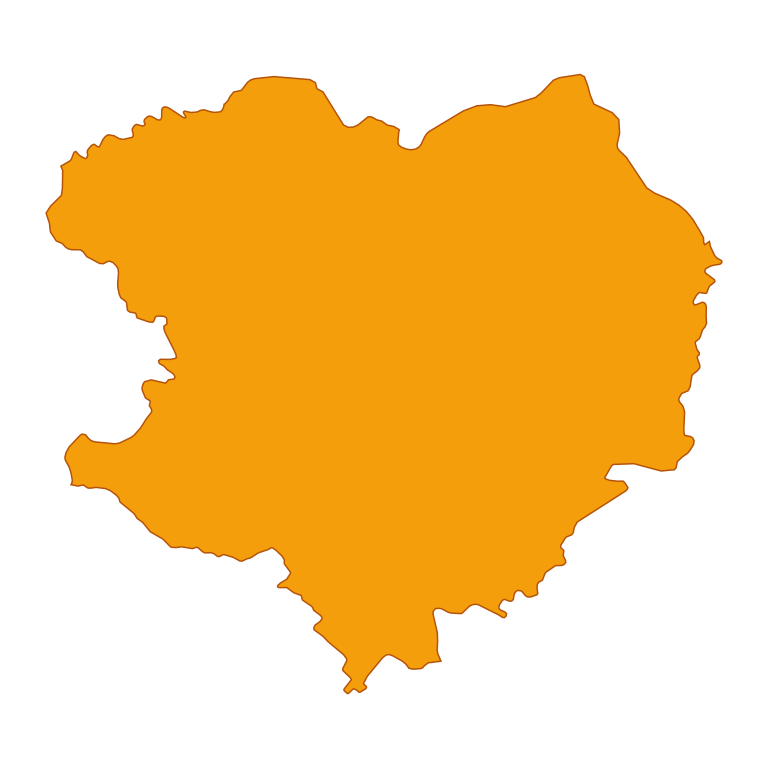 outline of Kharkiv
{"feature_id": "UKR-328", "entity_name": "Kharkiv", "entity_type": "Region", "adm_level": 1, "iso_a3": "UKR", "parent_name": "Ukraine", "parent_adm1": "", "projection": "albers", "projection_center": [36.315, 49.479], "detail": "fine", "context": "isolated", "style": "filled", "palette": "amber", "viewbox_px": 768, "rotation_deg": 0, "n_neighbors": 0, "source": "natural_earth", "source_scale": "10m", "svg_char_len": 6056}
<svg xmlns="http://www.w3.org/2000/svg" viewBox="0 0 768 768"><path d="M580.1,74.5L584.3,76.7L587.5,85.1L590.4,95.6L593.9,104.1L612.3,112.7L618.8,119.6L619.6,133.2L617.1,144.4L617.5,147.9L618.9,150.1L626.3,157.3L646.7,187.9L654.3,193.0L670.9,200.2L679.1,205.3L686.4,211.5L692.9,219.5L700.0,231.3L703.5,237.7L703.7,242.7L704.7,244.7L709.4,241.5L710.4,246.5L714.5,255.2L716.5,257.7L721.5,260.7L721.9,261.6L721.8,262.7L719.8,264.3L714.0,265.1L709.9,266.4L706.3,268.4L705.2,269.7L704.7,271.4L705.6,273.1L714.5,279.8L714.9,281.7L709.7,286.0L708.5,288.1L706.7,293.0L705.3,293.4L699.1,292.5L696.2,295.7L693.3,301.0L693.2,302.4L693.8,304.0L694.7,304.9L695.7,304.9L702.4,302.2L704.5,302.9L705.6,304.4L706.3,306.7L706.1,315.7L706.5,323.5L705.0,326.9L702.5,329.9L700.1,337.2L699.1,338.9L695.7,341.5L695.2,343.1L696.9,349.4L699.3,352.8L699.2,354.7L697.3,356.3L697.3,357.9L699.8,365.3L699.7,367.9L697.6,370.6L692.5,374.6L691.9,375.9L691.0,380.7L690.3,386.1L689.0,389.3L687.9,390.9L681.8,393.4L679.3,397.4L678.7,399.9L679.4,401.7L682.9,406.2L684.2,410.3L684.6,412.5L683.8,429.0L684.0,432.9L684.6,435.3L690.7,436.6L692.6,437.8L694.1,440.6L693.5,444.6L690.5,449.6L687.8,453.0L682.2,457.0L677.2,461.8L676.2,467.5L674.5,469.7L661.2,471.0L634.0,463.7L613.7,464.4L612.4,465.1L611.2,466.4L604.7,477.8L605.0,478.6L609.4,480.3L617.4,481.2L623.1,481.1L624.6,482.5L627.5,486.9L627.9,487.7L627.3,489.2L625.6,491.0L577.8,521.6L576.9,522.6L574.3,527.4L573.3,532.3L572.7,533.6L571.6,534.8L566.5,536.9L565.4,537.9L560.7,545.4L560.8,547.6L563.8,550.6L563.2,555.7L565.5,560.4L565.7,562.6L563.8,564.7L561.3,565.5L555.5,565.6L546.0,572.2L545.1,573.2L542.4,580.2L538.7,582.2L537.5,584.1L537.0,587.0L537.7,593.7L536.9,594.8L530.6,597.0L527.7,596.9L525.6,595.8L521.5,591.0L518.0,590.4L516.9,590.7L515.0,592.6L514.1,594.9L513.3,599.4L512.5,600.4L511.4,601.1L509.3,601.1L504.4,599.3L503.1,599.9L501.9,601.0L499.4,604.8L498.8,607.1L499.2,608.8L500.4,609.9L504.9,612.0L506.5,613.5L506.2,615.9L504.4,617.6L502.4,617.4L499.1,615.1L478.5,604.8L475.9,604.2L472.5,604.7L469.5,606.1L462.0,613.3L460.9,613.6L450.8,613.0L448.2,612.2L441.7,608.8L439.1,608.3L435.5,608.6L433.6,610.7L433.1,612.1L433.2,614.8L437.3,632.5L437.6,641.0L437.2,649.9L437.7,653.5L440.9,661.2L428.4,662.8L424.5,665.6L422.8,667.7L420.7,668.6L413.0,669.2L408.9,668.2L405.8,664.0L402.4,661.2L392.9,655.9L389.5,654.6L386.4,654.9L382.9,657.4L367.4,676.1L363.6,683.3L363.8,684.2L366.3,686.3L366.5,687.4L365.8,688.7L360.3,692.1L358.8,692.1L356.3,689.9L354.0,688.8L353.0,689.1L348.5,693.4L347.3,693.5L344.2,690.7L343.9,689.9L344.2,688.9L351.4,679.6L350.6,678.0L342.8,670.5L342.9,668.3L346.7,660.8L346.7,658.8L343.5,654.6L328.3,641.9L323.1,636.4L314.0,629.7L314.0,627.4L315.0,625.2L320.1,621.4L322.1,618.7L321.9,617.3L320.7,615.6L313.7,610.3L312.5,607.3L311.2,606.0L302.7,600.2L301.8,598.6L301.9,597.2L301.2,595.5L293.7,592.7L286.9,587.6L278.8,587.6L277.7,587.0L277.5,586.2L278.0,585.3L280.3,583.1L286.6,579.3L289.8,574.5L290.6,572.4L284.5,564.1L284.2,563.1L284.4,560.5L283.5,558.3L281.6,555.6L275.9,550.2L273.1,548.2L271.2,547.6L268.6,549.4L258.5,552.8L250.5,557.9L247.3,558.7L242.2,561.1L239.9,561.0L233.3,557.4L224.5,554.7L222.8,554.7L219.7,556.5L217.7,556.5L214.2,553.9L211.3,552.7L204.9,552.9L202.5,551.7L197.9,547.6L196.5,547.3L192.3,548.6L181.5,546.8L176.1,547.6L171.7,547.3L170.4,546.7L162.8,539.0L150.3,531.8L142.8,522.5L137.1,518.4L134.2,513.7L120.5,502.4L119.8,501.5L119.0,498.3L116.4,495.2L110.3,490.6L105.6,488.6L96.2,487.4L90.1,488.2L87.9,488.0L83.1,484.9L78.2,486.1L71.0,484.7L72.0,482.6L72.3,480.2L71.0,472.8L69.3,467.4L65.3,460.0L64.9,457.4L66.0,452.7L69.3,446.7L80.4,435.1L82.3,434.1L85.6,434.8L88.2,438.1L90.6,440.3L94.2,441.8L114.9,443.8L119.4,443.1L130.8,437.6L134.2,435.1L140.6,427.9L146.2,419.0L151.7,411.9L151.5,409.2L149.4,405.8L149.5,404.4L150.2,402.7L149.9,400.7L145.5,398.0L142.7,391.4L142.1,389.4L142.1,387.2L143.5,383.1L144.9,381.6L151.3,379.9L165.6,383.2L168.5,379.8L174.0,379.0L175.0,377.0L174.1,374.9L171.9,372.7L167.5,369.9L163.9,366.1L159.8,363.8L158.9,362.7L158.7,360.6L160.3,359.3L170.2,359.4L174.6,358.6L176.4,357.6L176.0,354.9L174.2,350.5L165.1,332.5L163.9,328.3L163.9,326.2L167.0,324.0L166.6,318.5L166.1,317.5L163.7,316.3L157.3,316.0L155.4,317.0L154.0,320.7L152.7,322.3L148.9,321.9L137.3,318.0L136.7,317.0L136.1,314.1L135.4,313.1L129.6,312.0L127.5,310.3L126.5,302.7L125.8,301.5L120.8,297.8L119.2,294.2L117.8,287.4L117.7,282.5L118.5,273.4L118.1,268.8L116.4,266.0L113.0,262.5L109.2,261.1L107.1,261.7L103.5,263.7L99.7,263.5L86.9,256.7L83.1,251.7L80.3,249.8L71.7,249.7L67.8,248.7L65.1,246.7L62.3,243.5L56.3,241.0L50.4,231.9L49.4,223.1L46.1,213.1L50.5,206.2L61.4,195.4L62.4,188.4L62.7,170.5L60.9,166.1L69.8,161.0L71.2,159.5L74.0,152.3L75.9,151.5L78.5,154.5L81.1,156.6L85.3,158.6L86.4,158.2L87.5,156.1L87.7,155.0L87.3,152.9L87.3,151.4L88.0,149.6L90.9,146.0L92.7,144.7L94.3,144.3L97.2,146.4L98.7,147.0L99.6,146.5L103.0,139.4L105.4,136.5L107.0,135.4L108.5,134.8L113.9,135.7L119.1,138.6L123.1,139.4L132.2,137.3L132.9,136.5L133.3,134.4L132.2,130.2L132.3,128.9L134.4,125.5L136.4,124.4L142.4,126.0L144.6,125.2L145.2,123.7L144.1,122.1L144.1,120.9L144.6,119.4L147.2,116.9L148.9,116.1L151.5,116.4L157.9,120.0L160.5,119.8L161.6,117.7L161.8,110.0L162.3,108.2L164.3,106.9L166.8,107.2L169.1,108.2L183.0,117.3L184.8,117.9L185.7,117.6L185.8,116.8L183.6,113.1L183.5,111.9L184.5,111.1L191.1,112.5L197.1,112.0L200.4,110.4L204.1,109.8L210.7,111.8L214.6,112.4L219.7,111.9L221.1,111.3L222.5,109.6L223.6,107.1L224.2,104.1L225.1,103.8L228.0,100.4L230.3,96.2L233.7,92.0L241.3,90.4L247.7,82.2L250.6,80.0L254.4,78.7L273.9,76.6L309.8,79.6L315.4,82.7L317.0,88.8L322.9,91.8L343.5,125.0L348.2,127.3L353.2,127.1L358.1,124.9L368.1,116.8L370.6,116.8L372.6,117.4L376.9,119.9L381.5,121.0L387.2,125.1L393.8,126.5L398.8,129.4L399.4,130.2L398.8,131.5L397.9,141.9L398.5,144.8L401.6,147.3L406.1,149.0L410.9,149.8L415.6,149.1L419.5,146.6L421.3,144.0L424.6,137.0L426.5,134.0L429.1,131.5L463.4,110.9L476.9,105.8L490.5,104.7L505.4,106.7L535.3,97.6L541.4,92.8L553.3,80.3L559.4,77.7L580.1,74.5Z" fill="#f59e0b" stroke="#b45309" stroke-width="1.5"/></svg>